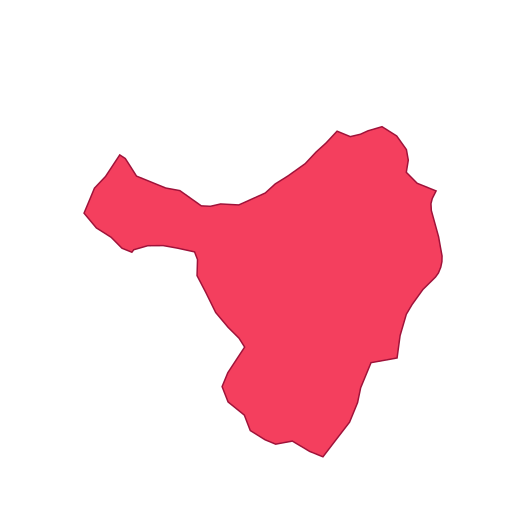 the district of Sinkye, Hwanghae-bukto, North Korea, rotated 22°
{"feature_id": "82179303B98001602077811", "entity_name": "Sinkye", "entity_type": "district", "adm_level": 2, "iso_a3": "PRK", "parent_name": "North Korea", "parent_adm1": "Hwanghae-bukto", "projection": "orthographic", "projection_center": [126.546, 38.511], "detail": "fine", "context": "isolated", "style": "filled", "palette": "rose", "viewbox_px": 512, "rotation_deg": 22, "n_neighbors": 0, "source": "geoboundaries", "source_scale": "gbopen_adm2", "svg_char_len": 1132}
<svg xmlns="http://www.w3.org/2000/svg" viewBox="0 0 512 512"><g transform="rotate(22 256 256)"><path d="M423.8,178.9L418.1,169.8L401.5,148.1L398.6,141.9L397.9,136.6L398.6,128.2L378.2,128.2L364.0,122.1L361.3,110.1L355.6,101.0L341.5,92.0L324.4,88.9L313.0,97.9L307.2,104.0L298.7,110.0L284.4,109.9L278.6,125.0L272.8,137.0L267.0,152.0L255.5,170.0L246.8,182.0L241.0,194.1L232.4,203.1L220.9,215.1L203.7,221.0L195.1,227.0L186.5,230.0L160.9,223.9L146.7,226.8L126.7,226.7L115.3,226.7L106.8,220.6L98.3,214.6L91.8,213.3L86.7,238.6L80.8,253.6L80.7,265.6L80.5,280.7L97.5,289.8L114.6,292.9L128.8,299.0L139.5,299.0L140.3,296.0L151.8,287.0L166.1,281.1L180.4,278.1L197.5,275.2L203.1,281.2L208.7,296.3L222.9,308.4L239.8,323.5L256.9,332.6L271.1,338.6L279.6,344.7L273.6,374.7L273.5,389.8L284.8,401.8L304.8,407.9L316.1,420.0L333.2,423.0L344.7,423.1L359.0,414.0L379.0,417.1L393.3,417.1L399.1,396.1L405.0,375.0L405.1,353.9L402.4,338.9L402.5,326.8L402.6,311.8L425.0,297.7L419.4,275.8L417.2,253.7L418.9,242.5L423.3,224.5L430.3,208.3L431.5,203.4L431.5,197.2L430.5,191.6L428.5,186.3L423.8,178.9Z" fill="#f43f5e" stroke="#9f1239" stroke-width="1.5"/></g></svg>